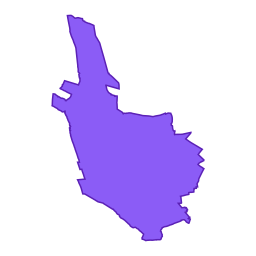 outline of Miroslava, Iasi, Romania
{"feature_id": "2599482B99405455155139", "entity_name": "Miroslava", "entity_type": "district", "adm_level": 2, "iso_a3": "ROU", "parent_name": "Romania", "parent_adm1": "Iasi", "projection": "natural_earth1", "projection_center": [27.489, 47.15], "detail": "fine", "context": "isolated", "style": "filled", "palette": "violet", "viewbox_px": 256, "rotation_deg": 0, "n_neighbors": 0, "source": "geoboundaries", "source_scale": "gbopen_adm2", "svg_char_len": 5671}
<svg xmlns="http://www.w3.org/2000/svg" viewBox="0 0 256 256"><path d="M81.1,187.9L82.8,193.9L84.8,194.0L89.8,196.9L91.9,198.1L98.0,201.8L103.1,203.1L103.6,203.6L112.3,209.0L112.9,209.3L113.4,209.3L113.5,209.5L114.1,210.4L115.8,211.9L116.0,212.0L116.5,213.0L117.1,213.8L117.6,214.2L118.5,214.6L119.2,215.0L119.4,215.3L119.5,215.5L119.5,216.2L119.5,216.4L120.5,217.6L120.8,217.9L122.8,218.9L124.8,220.3L126.9,222.3L127.5,222.8L128.3,223.7L128.8,224.0L129.3,224.4L129.8,225.0L130.2,225.8L130.6,226.2L132.4,227.4L133.2,227.7L135.1,227.3L135.3,227.3L135.9,227.6L137.3,228.7L138.4,229.1L138.8,229.6L139.1,230.2L139.5,230.6L140.8,231.5L141.6,232.3L143.6,234.1L143.5,234.6L142.4,237.2L142.0,237.8L142.1,238.5L142.1,238.8L142.2,239.2L142.3,239.2L143.3,239.4L144.7,240.0L145.8,240.6L146.1,240.5L147.3,240.3L149.0,240.2L150.0,240.1L152.5,240.2L155.8,239.8L156.1,239.9L156.2,239.7L157.2,239.8L157.7,239.6L158.5,239.7L159.8,239.7L160.4,239.6L160.8,239.4L161.2,238.5L161.5,237.4L162.3,236.4L162.2,236.0L162.1,235.6L162.3,234.9L161.5,233.1L161.4,232.6L161.1,231.5L160.5,231.1L160.9,229.8L161.5,229.1L162.1,228.3L162.1,227.8L164.5,226.7L165.0,226.6L165.4,226.6L166.8,226.3L169.1,225.5L169.3,225.2L171.1,224.8L171.4,224.5L172.6,224.3L173.7,223.6L174.4,223.3L179.8,221.4L181.2,220.7L181.1,220.4L181.2,220.2L181.7,220.2L183.0,219.8L184.1,219.7L185.4,220.6L185.6,220.9L185.9,221.4L186.3,221.9L187.2,222.5L188.5,223.2L189.0,223.1L190.3,219.1L189.9,218.8L189.4,218.6L189.0,218.6L188.5,218.8L188.2,218.5L188.8,218.0L189.3,217.8L189.2,217.6L189.7,217.2L189.2,217.0L185.3,212.3L186.7,211.9L187.0,211.6L186.5,210.7L186.7,210.3L187.5,210.1L187.6,209.9L186.3,207.7L185.4,208.0L185.1,207.3L184.9,207.2L184.0,207.5L181.8,207.7L178.3,203.3L180.6,203.2L181.2,203.2L181.4,203.1L181.5,202.9L180.9,197.4L180.9,197.2L180.5,196.3L183.7,195.6L185.8,195.0L187.3,194.7L188.0,194.5L188.4,194.5L188.8,194.4L188.8,192.6L190.5,192.3L191.6,192.3L193.8,192.0L193.9,191.9L193.8,191.3L194.0,188.9L194.3,188.9L194.3,188.4L196.3,188.3L196.2,186.9L197.6,186.9L197.5,186.0L197.1,184.1L197.1,183.6L198.6,180.9L198.7,179.3L199.0,178.4L202.3,171.7L203.9,168.7L203.0,168.2L202.8,167.9L201.4,167.0L200.7,166.7L198.2,164.7L198.0,164.4L199.0,163.2L201.4,161.6L201.6,161.8L203.3,160.8L203.7,160.7L203.9,159.9L200.1,156.3L198.2,154.5L199.0,153.3L202.3,149.3L191.0,142.6L188.9,141.2L185.7,138.9L190.6,133.3L190.7,133.0L190.9,132.6L190.9,132.4L182.1,134.3L175.7,134.4L174.6,134.6L174.5,134.4L174.6,132.1L174.7,131.9L174.9,131.6L174.8,130.9L174.6,131.0L173.6,130.9L173.1,130.1L172.5,127.8L172.6,127.2L172.4,126.0L172.3,125.9L172.3,125.7L172.1,125.6L171.8,125.4L171.4,125.4L171.3,125.0L171.2,123.7L171.4,123.7L171.5,123.3L171.7,123.1L171.9,122.9L171.9,122.6L172.2,121.8L172.3,119.1L172.2,117.6L171.9,116.1L171.3,114.5L171.0,114.1L170.8,113.3L168.9,113.1L168.0,113.1L165.6,114.0L165.3,113.2L162.7,114.3L162.2,114.4L160.7,115.0L159.6,115.3L155.5,116.0L153.6,116.5L152.6,116.6L149.1,116.0L142.8,115.6L139.5,114.8L132.4,113.4L131.2,113.0L129.0,112.9L127.4,113.2L126.8,113.1L126.2,113.4L123.9,113.2L123.5,113.4L123.2,113.7L122.9,113.1L122.2,112.2L117.2,109.1L117.2,107.5L117.0,103.8L116.8,102.5L117.0,101.2L117.1,99.1L117.2,96.9L117.1,96.0L115.6,96.0L115.1,96.1L115.1,96.3L114.9,96.3L114.9,96.0L114.6,95.9L114.6,95.6L111.2,94.7L111.4,94.3L109.8,93.4L108.7,92.6L108.4,92.3L106.9,89.7L106.2,86.5L106.1,85.8L105.9,85.6L106.0,85.2L119.1,88.9L119.0,84.8L118.6,83.0L118.5,82.8L112.6,77.1L110.7,75.4L109.2,74.3L109.0,73.5L108.7,73.6L108.3,73.2L107.8,72.0L103.7,57.1L101.0,47.7L99.9,43.7L99.6,42.8L99.0,41.8L96.5,37.5L96.1,37.0L95.4,35.4L94.1,27.6L93.9,25.5L92.5,24.8L89.2,23.4L88.3,23.3L85.4,22.1L84.9,21.9L84.6,21.2L83.6,21.1L82.8,20.4L82.7,20.1L82.7,19.5L82.4,18.6L81.8,18.6L78.3,17.7L77.6,17.7L75.2,18.2L74.4,17.8L73.1,16.6L72.2,16.0L71.1,15.4L70.4,15.4L67.4,15.6L68.5,21.8L69.7,27.7L69.9,29.1L69.9,29.7L70.0,30.3L69.9,31.5L71.4,36.2L73.2,40.3L73.7,42.0L75.1,45.5L75.9,47.9L76.1,49.8L76.9,57.4L77.8,65.6L77.8,66.8L78.2,68.9L78.2,71.9L78.4,72.2L78.7,72.4L79.6,73.3L78.9,74.2L78.9,75.0L79.1,75.6L79.3,75.9L79.1,76.4L79.5,78.1L80.0,78.2L79.9,80.0L80.0,81.1L78.9,83.7L78.5,84.9L64.6,80.7L63.0,84.5L62.5,84.6L62.3,84.9L62.2,85.3L62.4,85.6L62.4,85.8L62.3,86.3L61.7,86.8L61.1,87.5L60.1,88.3L60.2,88.6L60.5,88.8L62.7,89.8L64.0,90.6L65.4,91.1L66.6,91.9L71.5,94.3L70.6,96.8L69.9,97.7L68.8,98.7L68.5,98.7L68.2,98.9L67.4,99.6L66.8,99.9L66.3,100.3L66.1,100.7L65.6,100.6L65.7,100.3L65.4,100.2L64.8,99.3L64.5,99.1L63.7,98.7L61.9,98.1L61.3,98.3L60.6,97.9L58.7,96.6L58.4,96.6L58.0,96.8L57.8,96.2L56.1,95.1L55.6,94.5L55.2,94.2L54.0,93.9L53.1,93.9L52.5,99.5L52.3,103.9L52.4,104.1L52.1,105.7L54.2,106.7L55.2,107.4L57.0,108.3L57.9,109.1L58.1,109.5L58.4,109.7L61.3,111.0L61.7,111.3L62.1,111.8L62.3,111.9L62.6,111.9L63.4,111.8L64.0,111.6L65.0,111.1L65.1,111.3L65.1,111.5L65.0,111.8L65.1,112.3L64.9,112.5L64.8,112.8L65.0,113.1L65.0,113.4L65.2,113.6L65.2,113.8L65.4,114.0L65.5,114.4L65.8,114.8L65.8,115.1L66.1,115.4L66.1,115.7L66.8,116.5L66.9,116.9L67.0,117.7L67.2,118.2L67.4,118.4L68.0,120.2L69.0,122.3L69.3,122.7L69.5,122.8L69.6,123.6L69.5,123.8L69.7,125.5L70.2,125.7L70.2,126.0L70.5,126.3L70.1,126.6L69.9,127.1L69.9,127.4L70.2,127.6L70.2,128.0L69.9,127.9L69.7,127.9L69.9,128.4L69.8,128.6L69.6,128.8L69.8,129.0L70.0,129.3L69.8,129.8L69.7,129.9L69.7,130.2L70.0,130.8L70.2,130.7L70.3,130.7L70.0,131.3L70.1,132.9L70.5,134.2L70.7,135.2L70.6,135.5L70.9,136.4L72.2,140.8L73.7,144.7L74.6,147.5L75.0,148.3L75.1,149.0L75.4,149.9L75.5,150.2L77.0,154.4L78.2,158.3L78.8,159.5L79.4,162.2L77.6,162.2L80.0,169.5L81.8,169.3L82.2,171.0L83.6,174.9L84.0,176.4L85.0,179.1L77.6,179.8L78.5,181.6L78.9,182.9L80.3,185.8L81.1,187.9Z" fill="#8b5cf6" stroke="#5b21b6" stroke-width="1.5"/></svg>